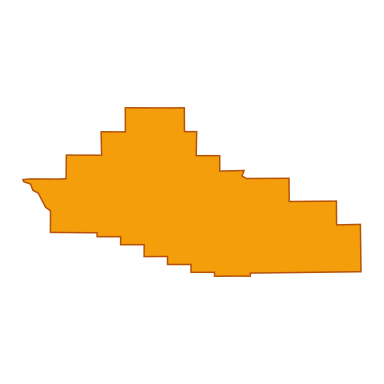 Hot Springs, Wyoming, United States of America (orthographic projection)
{"feature_id": "52423323B29926314501901", "entity_name": "Hot Springs", "entity_type": "district", "adm_level": 2, "iso_a3": "USA", "parent_name": "United States of America", "parent_adm1": "Wyoming", "projection": "orthographic", "projection_center": [-108.577, 43.77], "detail": "fine", "context": "isolated", "style": "filled", "palette": "amber", "viewbox_px": 384, "rotation_deg": 0, "n_neighbors": 0, "source": "geoboundaries", "source_scale": "gbopen_adm2", "svg_char_len": 706}
<svg xmlns="http://www.w3.org/2000/svg" viewBox="0 0 384 384"><path d="M172.5,107.9L125.3,107.8L125.4,131.9L101.1,131.8L101.6,155.2L66.3,155.1L66.1,178.7L58.3,179.1L31.0,178.9L23.0,179.6L23.6,181.6L30.5,184.1L32.9,190.3L38.2,193.1L45.7,207.4L50.5,210.8L50.4,232.4L97.1,232.8L97.1,236.7L120.7,236.7L120.6,244.7L144.2,244.7L144.1,256.6L167.5,256.5L167.5,264.5L191.0,264.5L191.0,272.3L214.5,272.3L214.5,276.2L247.3,276.1L250.3,276.1L250.3,273.1L361.0,271.7L360.9,263.8L360.4,224.4L336.6,224.9L336.4,201.1L289.2,201.5L289.0,178.3L246.2,178.5L242.0,175.9L244.1,170.5L219.7,171.1L219.7,155.7L196.2,155.7L196.7,131.6L184.5,131.7L184.3,107.8L172.5,107.9Z" fill="#f59e0b" stroke="#b45309" stroke-width="1.5"/></svg>